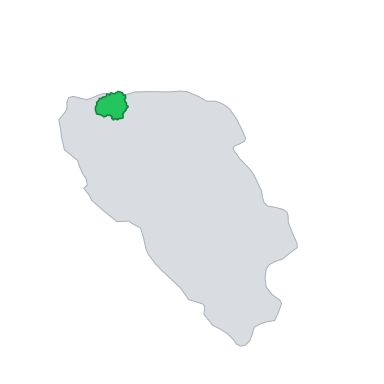 location of Bji, Ha, Bhutan, rotated 50°
{"feature_id": "84629894B12913884891089", "entity_name": "Bji", "entity_type": "district", "adm_level": 2, "iso_a3": "BTN", "parent_name": "Bhutan", "parent_adm1": "Ha", "projection": "orthographic", "projection_center": [89.176, 27.451], "detail": "fine", "context": "in_parent", "style": "filled", "palette": "green", "viewbox_px": 384, "rotation_deg": 50, "n_neighbors": 0, "source": "geoboundaries", "source_scale": "gbopen_adm2", "svg_char_len": 5373}
<svg xmlns="http://www.w3.org/2000/svg" viewBox="0 0 384 384"><g transform="rotate(50 192 192)"><path d="M301.8,164.1L301.3,166.4L298.8,172.6L297.3,179.4L298.8,184.8L304.7,191.2L312.5,196.3L322.3,196.5L331.2,194.3L334.9,195.0L340.0,203.6L343.6,211.1L339.1,219.0L336.6,225.9L335.8,230.8L336.4,232.8L339.4,236.7L343.0,243.3L343.6,249.5L341.5,253.6L336.9,255.7L331.9,255.2L327.8,255.4L322.7,256.2L314.7,258.7L307.3,261.8L293.3,261.5L287.5,255.5L284.9,255.6L272.3,263.7L258.4,262.5L233.1,265.5L222.5,266.2L211.6,265.5L206.1,263.9L195.8,258.5L186.5,254.5L177.2,258.3L173.8,259.0L166.4,268.6L150.0,271.8L133.7,274.2L128.8,272.9L119.6,272.4L119.3,270.2L119.5,268.0L117.4,266.3L113.7,264.6L107.3,263.9L99.0,261.5L94.3,259.3L77.6,262.6L67.8,257.6L56.7,250.7L51.1,247.7L49.1,237.1L47.2,233.7L42.8,230.1L40.4,225.9L42.4,221.5L53.4,213.5L54.3,211.6L59.4,196.5L66.5,191.0L73.4,183.4L78.7,171.3L88.8,158.8L99.9,146.1L107.5,135.7L112.6,130.8L123.0,125.6L131.7,122.5L137.7,115.5L144.9,111.6L152.4,109.8L163.5,110.7L174.0,113.1L185.4,116.4L186.8,119.2L185.9,124.2L184.3,129.2L184.2,131.7L186.0,133.1L197.2,134.0L211.0,133.0L218.7,133.6L235.9,138.0L241.0,141.2L246.3,143.6L251.4,143.1L257.8,137.7L264.6,133.0L268.8,132.2L271.9,133.6L277.4,137.9L288.8,141.7L299.0,144.6L302.3,147.4L301.5,159.9L301.8,164.1Z" fill="#d9dde1" stroke="#a8b0b8" stroke-width="1"/><path d="M90.5,198.4L90.6,198.0L90.6,197.8L90.7,197.7L90.8,197.5L90.9,197.3L90.9,197.1L90.7,196.9L90.6,196.7L90.4,196.6L90.0,196.4L89.8,196.3L89.7,196.2L89.4,195.8L89.1,195.7L88.9,195.6L88.7,195.4L88.6,195.2L88.4,195.0L88.2,195.0L87.7,195.0L87.6,194.9L87.5,194.7L87.6,194.4L87.6,194.2L87.5,193.9L87.6,193.6L87.5,193.4L87.4,193.2L87.2,192.8L87.1,192.6L87.1,192.4L87.1,192.2L87.1,191.9L87.2,191.5L87.1,191.4L87.0,191.5L86.9,191.4L86.9,191.1L86.9,190.9L86.9,190.6L86.9,190.4L87.0,190.1L86.9,190.0L86.8,189.9L86.8,189.7L86.7,189.6L86.5,189.4L86.3,189.2L86.2,189.0L86.0,188.8L86.0,188.6L86.0,188.3L86.0,188.2L86.0,187.9L86.0,187.7L85.9,187.6L85.9,187.1L85.8,186.8L85.8,186.7L85.8,186.4L85.7,186.2L85.3,185.8L85.1,185.8L84.8,185.9L84.5,186.1L84.1,186.4L83.7,186.4L83.4,186.4L82.6,185.7L82.1,185.3L81.7,185.1L81.4,184.9L80.3,185.1L79.4,185.1L78.9,185.1L78.8,184.7L78.6,184.4L78.3,184.3L78.0,184.1L77.5,183.9L77.3,183.5L77.5,183.2L77.5,182.7L77.4,182.4L77.0,182.2L76.6,181.9L76.4,181.9L76.1,181.8L76.1,181.5L76.0,181.4L75.6,181.1L75.3,180.9L75.2,180.8L75.1,180.7L74.8,181.0L74.7,181.1L74.3,181.2L74.1,181.4L74.0,181.7L73.8,182.0L73.7,182.2L73.4,182.1L72.7,181.8L72.3,181.6L71.7,181.6L71.1,181.5L70.8,181.7L70.4,182.0L70.0,182.3L69.8,182.5L69.1,182.6L68.6,183.1L68.3,183.6L68.1,183.7L67.7,183.8L67.4,184.0L67.3,184.3L67.2,184.7L67.3,184.9L67.5,185.1L67.5,185.6L67.6,185.8L67.6,186.0L67.3,186.3L67.0,186.6L67.0,187.0L67.2,187.7L66.9,188.2L66.5,188.6L66.0,189.0L65.6,189.2L65.3,189.4L64.8,189.7L64.4,189.8L64.2,190.0L64.1,190.3L63.9,190.5L63.8,191.1L64.1,191.5L64.3,191.7L64.7,192.3L64.9,192.7L64.7,193.0L64.2,192.8L63.9,192.8L63.6,192.9L63.2,193.3L62.8,193.7L62.2,194.0L62.3,194.5L62.5,194.8L62.8,195.2L63.1,195.5L63.2,195.8L63.3,196.2L63.4,196.7L63.3,197.1L63.2,197.3L62.8,198.3L62.8,198.6L62.3,198.8L62.0,199.1L62.0,199.5L61.9,199.7L61.9,200.0L62.1,200.2L62.3,200.6L62.1,201.0L61.7,201.5L61.6,201.9L61.2,202.5L60.9,202.8L61.1,202.9L61.2,203.0L61.4,203.1L61.5,203.4L61.6,203.6L61.6,203.9L61.7,204.0L61.8,204.4L61.8,204.6L61.8,204.8L61.9,205.0L62.0,205.2L62.0,205.3L61.9,205.5L62.0,205.7L62.0,205.9L62.0,206.1L62.1,206.4L62.2,206.5L62.3,206.8L62.2,206.9L62.0,207.4L62.2,207.5L62.3,207.6L62.5,207.7L62.6,207.8L62.8,207.8L62.9,208.0L63.0,208.1L63.4,208.4L63.6,208.5L63.8,208.6L64.0,208.8L64.0,209.0L64.2,209.3L64.3,209.5L64.3,209.8L64.3,210.0L64.5,210.4L64.7,210.6L64.6,210.8L64.6,211.0L64.8,211.3L65.0,211.2L65.4,211.6L65.5,211.7L66.0,212.4L66.6,212.7L66.7,212.8L67.0,213.2L67.2,213.3L67.5,213.4L67.6,213.5L67.8,213.6L68.1,213.7L68.3,213.6L68.6,213.8L68.9,213.9L69.2,214.1L69.4,214.2L70.1,214.3L70.4,214.6L70.4,214.8L70.5,214.9L70.8,214.9L71.1,214.8L71.2,214.7L71.6,214.4L71.6,214.1L72.0,213.9L72.3,213.7L72.5,213.7L72.9,213.4L73.0,213.4L73.3,213.1L73.7,212.7L73.8,212.6L74.0,212.4L74.1,212.2L74.6,212.0L75.1,211.9L75.3,211.9L75.6,211.7L76.0,211.7L76.4,211.5L76.6,211.4L76.9,211.3L77.2,211.3L77.3,211.3L77.6,211.3L77.8,211.3L77.9,211.2L78.0,210.7L78.0,210.4L78.0,210.2L78.3,209.8L78.3,209.7L78.5,209.6L78.6,209.3L78.6,209.1L78.8,208.9L78.8,208.7L78.7,208.5L78.7,208.3L78.7,208.2L78.7,207.9L78.6,207.7L78.6,207.4L78.8,207.2L79.1,207.2L79.3,207.1L79.5,206.9L79.5,206.6L79.6,206.2L79.8,206.0L79.9,205.9L80.3,205.5L80.5,205.5L80.9,205.6L81.0,205.6L81.3,205.4L81.3,205.1L81.5,204.9L81.9,205.0L82.2,205.1L82.4,205.1L82.5,205.1L82.8,205.0L83.0,205.2L83.3,205.1L83.6,205.1L83.8,205.3L83.8,205.6L83.8,205.9L83.9,206.1L84.0,206.1L84.4,206.2L84.5,206.2L85.0,205.9L85.4,205.8L85.5,205.8L85.9,206.0L86.0,205.9L86.4,205.7L86.3,205.4L86.1,205.0L86.1,204.8L86.0,204.5L86.0,204.2L86.2,203.9L86.3,203.8L86.6,203.8L86.8,203.7L87.0,203.7L87.3,203.3L87.4,203.1L87.3,202.8L87.3,202.7L87.4,202.4L87.5,202.4L87.6,202.5L87.9,202.7L88.1,202.6L88.3,202.8L88.5,202.9L88.6,202.7L88.8,202.5L88.8,202.4L89.0,202.2L89.0,201.8L88.9,201.7L89.0,201.6L89.1,201.4L89.0,201.1L88.9,201.1L88.8,200.8L88.7,200.6L88.8,200.5L88.8,200.4L89.1,200.2L89.3,199.9L89.5,199.8L90.0,199.2L90.0,198.9L90.1,198.6L90.4,198.5L90.5,198.4Z" fill="#22c55e" stroke="#15803d" stroke-width="1.5"/></g></svg>